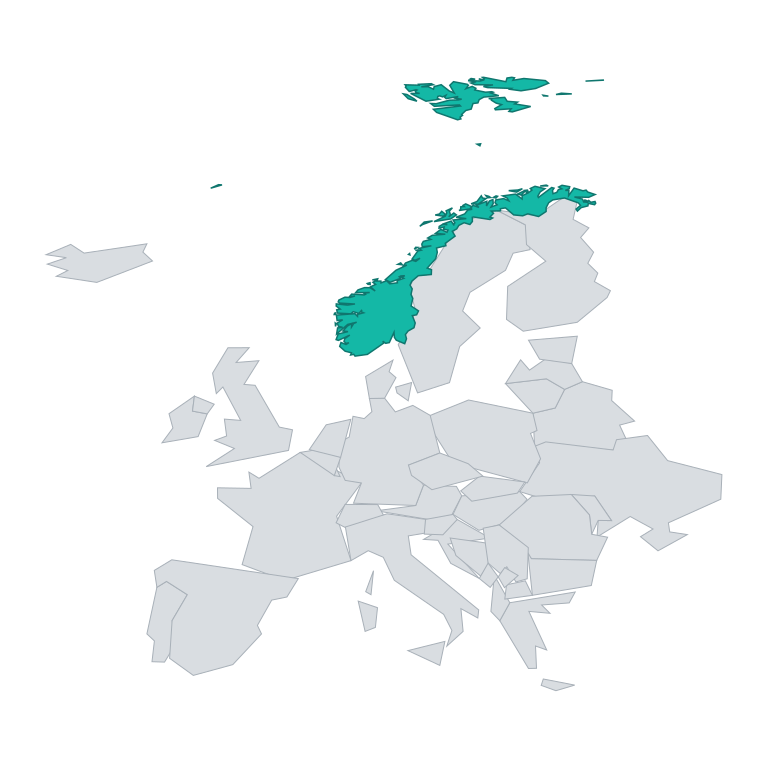 Norway highlighted on a map of Europe
{"feature_id": "NOR", "entity_name": "Norway", "entity_type": "country or territory", "adm_level": 0, "iso_a3": "NOR", "parent_name": "Europe", "parent_adm1": "", "projection": "natural_earth1", "projection_center": [16.239, 69.249], "detail": "fine", "context": "in_parent", "style": "filled", "palette": "teal", "viewbox_px": 768, "rotation_deg": 0, "n_neighbors": 37, "source": "natural_earth", "source_scale": "50m", "svg_char_len": 12949}
<svg xmlns="http://www.w3.org/2000/svg" viewBox="0 0 768 768"><path d="M300.2,452.4L361.4,483.0L336.6,516.2L351.0,560.6L284.7,580.5L242.1,564.6L253.0,526.6L217.6,498.4L217.5,487.8L251.1,488.4L248.9,472.1L259.0,478.3L300.2,452.4ZM365.7,591.7L373.5,570.7L371.0,594.7L365.7,591.7Z" fill="#d9dde1" stroke="#a8b0b8" stroke-width="1"/><path d="M398.2,344.7L415.9,311.7L409.3,287.2L416.2,274.9L426.3,275.1L458.6,223.8L496.3,210.0L525.3,224.8L530.1,249.6L513.1,253.2L505.5,270.3L470.0,292.3L462.6,311.0L480.2,328.0L459.7,346.5L449.5,382.6L417.6,392.9L398.2,344.7Z" fill="#d9dde1" stroke="#a8b0b8" stroke-width="1"/><path d="M582.4,381.7L612.2,390.3L611.7,400.6L634.6,421.1L619.6,425.1L626.0,438.8L613.1,450.0L534.6,446.3L532.9,413.2L555.2,408.0L564.6,389.4L582.4,381.7Z" fill="#d9dde1" stroke="#a8b0b8" stroke-width="1"/><path d="M669.7,531.9L687.3,534.6L658.0,550.8L640.5,536.7L653.0,529.0L630.2,516.5L597.0,537.0L598.2,520.4L611.5,520.6L594.7,496.0L551.7,501.5L519.7,491.6L539.6,462.8L534.6,446.3L545.8,441.9L613.1,450.0L616.5,439.7L647.5,435.5L667.6,460.6L721.9,474.6L720.8,499.2L668.4,522.8L669.7,531.9Z" fill="#d9dde1" stroke="#a8b0b8" stroke-width="1"/><path d="M532.9,413.2L537.0,430.5L530.5,433.4L540.6,458.8L527.3,482.9L452.7,462.8L429.5,426.4L430.2,415.4L468.5,400.0L532.9,413.2Z" fill="#d9dde1" stroke="#a8b0b8" stroke-width="1"/><path d="M461.8,495.9L450.8,516.9L435.0,520.5L376.2,510.8L415.7,505.5L423.5,485.1L456.4,486.4L461.8,495.9Z" fill="#d9dde1" stroke="#a8b0b8" stroke-width="1"/><path d="M519.7,491.6L527.1,499.4L508.3,522.2L478.9,530.3L453.0,514.4L461.8,495.9L519.7,491.6Z" fill="#d9dde1" stroke="#a8b0b8" stroke-width="1"/><path d="M571.3,494.5L594.7,496.0L611.5,520.6L598.2,520.4L591.7,534.3L589.5,515.0L571.3,494.5Z" fill="#d9dde1" stroke="#a8b0b8" stroke-width="1"/><path d="M591.7,534.3L607.6,537.2L596.7,560.4L531.4,558.7L499.2,525.0L531.9,496.3L571.3,494.5L589.5,515.0L591.7,534.3Z" fill="#d9dde1" stroke="#a8b0b8" stroke-width="1"/><path d="M564.6,389.4L555.2,408.0L532.9,413.2L505.5,383.6L546.4,378.8L564.6,389.4Z" fill="#d9dde1" stroke="#a8b0b8" stroke-width="1"/><path d="M571.7,363.6L582.4,381.7L564.6,389.4L546.4,378.8L505.5,383.6L520.6,359.8L529.5,370.1L548.6,356.8L571.7,363.6Z" fill="#d9dde1" stroke="#a8b0b8" stroke-width="1"/><path d="M577.3,336.2L571.7,363.6L539.6,359.2L528.5,340.2L577.3,336.2Z" fill="#d9dde1" stroke="#a8b0b8" stroke-width="1"/><path d="M430.2,415.4L439.8,453.0L408.5,465.1L423.5,485.1L415.7,505.5L353.5,503.2L361.4,483.0L345.2,480.4L338.9,467.0L339.5,442.4L349.2,437.0L353.0,416.3L364.2,418.6L371.9,411.7L369.4,398.5L384.6,398.2L395.3,411.9L412.8,405.4L430.2,415.4Z" fill="#d9dde1" stroke="#a8b0b8" stroke-width="1"/><path d="M527.9,552.7L531.4,558.7L596.7,560.4L591.3,585.5L532.4,595.3L527.9,552.7Z" fill="#d9dde1" stroke="#a8b0b8" stroke-width="1"/><path d="M574.7,685.1L555.9,690.7L541.2,685.4L543.3,679.0L574.7,685.1ZM509.8,602.7L575.2,592.0L569.2,602.9L541.6,605.0L550.0,613.3L528.9,611.4L546.7,650.0L535.5,646.0L536.5,668.3L528.5,668.5L499.8,620.7L509.8,602.7Z" fill="#d9dde1" stroke="#a8b0b8" stroke-width="1"/><path d="M509.8,602.7L499.8,620.7L490.9,611.4L494.3,575.4L509.8,602.7Z" fill="#d9dde1" stroke="#a8b0b8" stroke-width="1"/><path d="M457.2,519.5L489.8,538.0L447.8,544.1L479.3,578.5L450.8,563.4L438.0,540.3L423.6,539.4L457.2,519.5Z" fill="#d9dde1" stroke="#a8b0b8" stroke-width="1"/><path d="M377.7,504.6L386.1,519.8L350.2,530.1L336.1,522.8L345.1,504.4L377.7,504.6Z" fill="#d9dde1" stroke="#a8b0b8" stroke-width="1"/><path d="M335.9,467.6L340.1,476.6L334.3,475.6L335.9,467.6Z" fill="#d9dde1" stroke="#a8b0b8" stroke-width="1"/><path d="M340.6,457.4L334.3,475.6L300.2,452.4L327.9,447.8L340.6,457.4Z" fill="#d9dde1" stroke="#a8b0b8" stroke-width="1"/><path d="M350.8,419.3L340.6,457.4L309.3,449.6L326.2,424.8L350.8,419.3Z" fill="#d9dde1" stroke="#a8b0b8" stroke-width="1"/><path d="M156.9,587.3L166.5,581.4L187.3,594.7L172.1,620.6L175.8,643.7L164.5,662.1L152.0,661.7L154.4,640.9L146.9,633.9L156.9,587.3Z" fill="#d9dde1" stroke="#a8b0b8" stroke-width="1"/><path d="M169.6,658.3L172.1,620.6L187.3,594.7L166.5,581.4L156.9,587.3L154.3,570.4L171.8,559.8L298.3,578.6L286.9,597.0L271.7,600.1L257.4,625.4L261.5,633.9L232.8,664.6L193.3,675.4L169.6,658.3Z" fill="#d9dde1" stroke="#a8b0b8" stroke-width="1"/><path d="M207.2,413.9L198.1,436.6L162.0,442.8L172.9,428.0L169.0,413.7L194.4,396.1L192.5,411.1L207.2,413.9Z" fill="#d9dde1" stroke="#a8b0b8" stroke-width="1"/><path d="M387.1,513.8L425.5,519.4L426.9,532.8L408.3,535.9L411.1,554.8L478.7,609.9L477.8,618.0L460.9,608.6L463.1,631.4L446.8,646.2L451.9,630.5L443.7,614.4L394.3,580.3L383.3,557.3L368.2,550.7L351.0,560.6L345.4,527.0L387.1,513.8ZM407.9,650.6L444.9,641.4L439.8,665.4L407.9,650.6ZM358.2,601.1L377.5,607.7L375.4,627.4L365.1,631.4L358.2,601.1Z" fill="#d9dde1" stroke="#a8b0b8" stroke-width="1"/><path d="M384.6,398.2L369.4,398.5L365.6,376.5L393.0,360.1L389.1,371.7L396.0,377.6L384.6,398.2ZM411.6,382.5L408.2,400.8L397.0,392.9L395.6,387.1L411.6,382.5Z" fill="#d9dde1" stroke="#a8b0b8" stroke-width="1"/><path d="M207.2,413.9L192.5,411.1L194.4,396.1L214.2,404.2L207.2,413.9ZM240.7,420.4L222.9,387.0L216.3,393.6L212.6,373.1L227.9,347.8L249.2,347.7L236.1,362.5L258.9,360.7L244.0,384.4L255.1,385.3L279.3,427.1L292.5,429.8L288.5,450.4L206.2,466.6L234.4,448.5L214.6,440.4L226.6,436.0L224.4,419.1L240.7,420.4Z" fill="#d9dde1" stroke="#a8b0b8" stroke-width="1"/><path d="M146.9,243.8L142.9,252.1L152.5,261.0L96.8,282.4L56.3,276.3L67.8,270.5L47.3,264.1L66.4,257.7L46.1,254.7L70.7,244.4L84.1,253.1L146.9,243.8Z" fill="#d9dde1" stroke="#a8b0b8" stroke-width="1"/><path d="M425.5,519.4L453.0,514.4L457.2,519.5L442.9,534.8L424.3,534.1L425.5,519.4Z" fill="#d9dde1" stroke="#a8b0b8" stroke-width="1"/><path d="M577.1,201.7L573.1,219.4L588.9,227.9L580.6,237.5L593.6,252.2L587.8,263.3L597.8,273.1L594.4,281.6L610.4,290.7L607.1,297.5L577.2,322.3L523.2,331.2L506.5,319.4L507.7,286.4L545.8,261.2L526.5,244.6L525.3,224.8L496.3,210.0L536.5,215.8L564.3,196.8L577.1,201.7Z" fill="#d9dde1" stroke="#a8b0b8" stroke-width="1"/><path d="M524.8,482.0L517.4,493.1L471.8,501.2L460.7,490.9L479.5,476.1L524.8,482.0Z" fill="#d9dde1" stroke="#a8b0b8" stroke-width="1"/><path d="M439.8,453.0L468.2,463.7L482.9,476.1L431.9,489.7L411.5,475.4L408.5,465.1L439.8,453.0Z" fill="#d9dde1" stroke="#a8b0b8" stroke-width="1"/><path d="M480.6,576.0L455.9,555.5L450.2,538.0L489.6,543.5L490.8,562.5L480.6,576.0Z" fill="#d9dde1" stroke="#a8b0b8" stroke-width="1"/><path d="M525.3,580.8L532.4,595.3L504.8,599.1L506.5,584.8L525.3,580.8Z" fill="#d9dde1" stroke="#a8b0b8" stroke-width="1"/><path d="M483.2,528.2L499.2,525.0L528.3,547.6L527.2,578.8L515.9,581.9L506.8,566.8L500.4,573.6L488.1,563.1L483.2,528.2Z" fill="#d9dde1" stroke="#a8b0b8" stroke-width="1"/><path d="M498.2,576.9L490.2,587.4L479.3,578.5L488.1,563.1L498.2,576.9Z" fill="#d9dde1" stroke="#a8b0b8" stroke-width="1"/><path d="M504.5,587.7L498.2,576.9L504.7,567.6L518.1,575.5L504.5,587.7Z" fill="#d9dde1" stroke="#a8b0b8" stroke-width="1"/><path d="M500.5,210.8L491.2,211.1L493.5,213.3L489.9,217.1L492.6,218.0L490.0,219.5L473.6,217.0L472.3,217.3L472.4,221.5L469.9,224.5L464.1,222.7L458.8,225.4L456.7,228.9L452.3,231.3L455.1,236.1L445.3,243.3L445.9,245.7L436.5,248.0L437.3,252.3L435.7,258.7L427.2,268.1L431.5,269.7L431.3,274.5L418.3,275.7L411.9,281.1L410.0,285.1L412.2,288.9L411.0,294.4L412.8,298.4L411.1,306.0L418.5,310.9L416.6,314.8L412.3,315.6L415.2,323.0L414.0,327.7L408.1,331.0L405.4,334.6L406.5,338.8L404.7,343.7L396.3,340.2L394.4,337.4L394.0,332.3L389.3,342.6L385.7,343.3L382.8,341.2L383.7,343.1L367.4,354.4L355.0,356.1L353.7,354.3L350.6,355.0L351.5,352.8L345.1,351.2L339.7,346.4L341.0,342.5L346.0,344.5L348.9,342.7L346.1,343.4L344.0,341.4L344.8,338.6L349.8,335.1L338.4,340.4L336.1,339.6L338.2,334.0L348.0,331.6L342.9,331.0L347.5,326.0L351.6,323.6L351.5,327.0L353.7,323.5L356.7,322.2L347.7,324.4L336.6,334.0L337.6,327.9L342.7,327.4L338.5,326.3L337.2,323.1L342.7,319.8L337.1,320.5L336.4,315.1L354.9,313.7L357.5,316.3L357.6,314.4L363.6,312.8L360.9,311.6L362.0,309.8L359.0,313.4L353.2,311.7L350.8,313.8L337.5,313.1L336.7,309.8L340.2,309.1L336.2,306.1L336.3,303.9L347.5,305.1L355.0,304.0L339.9,303.1L338.2,301.9L338.8,300.1L344.9,297.2L350.0,297.5L355.0,296.0L349.3,296.8L351.7,294.1L364.1,294.9L365.4,294.4L363.9,293.3L369.7,292.5L355.7,292.6L358.0,289.9L364.6,287.6L370.0,287.7L375.2,291.0L370.6,286.8L375.6,284.4L372.9,282.3L375.2,281.0L380.9,281.1L381.0,282.9L386.6,280.7L389.8,283.8L397.4,282.8L397.1,280.7L403.8,278.3L401.8,277.1L404.8,275.7L400.9,275.9L399.2,276.8L400.5,277.8L399.3,278.8L390.2,282.2L385.4,279.6L395.9,270.3L406.9,265.1L403.4,265.9L405.5,263.0L412.3,260.3L415.8,261.4L420.0,258.2L414.9,260.3L412.1,259.0L417.9,250.9L421.3,250.2L418.9,248.4L431.4,245.8L422.3,246.7L421.8,244.1L423.3,241.4L430.8,239.4L427.7,238.0L432.3,235.3L445.3,234.2L435.6,233.3L440.8,229.4L447.0,232.3L448.0,230.1L443.6,229.1L444.2,227.0L439.0,228.2L439.2,226.4L442.6,224.4L447.3,224.7L444.1,223.6L451.2,221.1L454.1,225.5L453.6,224.0L454.9,222.9L453.1,220.0L466.3,218.6L456.1,217.3L464.7,213.9L467.7,210.1L471.6,209.4L471.3,207.3L473.0,205.4L478.9,207.4L476.5,205.2L486.8,201.3L486.5,206.0L489.4,201.0L492.9,199.5L493.2,203.6L491.0,207.1L497.1,204.8L495.0,202.7L495.8,199.9L503.6,198.6L508.9,200.9L507.1,198.0L502.7,195.9L515.5,194.1L522.1,199.0L522.2,195.7L528.4,192.8L531.9,190.1L530.3,188.5L535.0,186.3L544.9,188.7L540.2,191.9L537.8,196.1L538.4,197.5L551.7,187.5L554.0,188.2L552.5,190.5L553.0,193.7L556.8,192.4L558.4,189.6L561.8,188.8L558.7,187.0L562.0,185.3L569.7,186.7L569.3,188.6L565.3,190.4L568.9,190.5L568.6,195.7L574.1,188.1L583.0,190.8L586.1,190.1L587.7,192.0L595.1,194.5L588.7,197.3L574.4,197.0L582.5,199.1L583.7,202.0L587.5,202.3L588.8,200.5L590.8,202.3L595.0,201.5L595.7,203.2L594.6,204.7L588.3,203.4L587.9,205.9L581.2,207.6L577.4,211.1L576.1,209.1L580.5,205.4L578.4,202.9L564.5,198.0L552.8,199.9L548.7,202.7L546.1,207.8L546.1,211.5L538.6,216.5L527.8,213.8L522.7,215.8L513.7,214.9L505.5,207.9L500.4,208.7L500.5,210.8ZM453.5,81.7L467.3,84.3L468.4,85.3L465.9,88.7L472.2,86.4L475.9,88.3L474.8,90.0L485.5,92.2L491.8,91.7L493.2,92.2L490.9,93.1L498.8,95.7L483.8,97.1L479.2,99.6L477.9,102.9L473.0,103.5L471.2,109.1L465.8,110.5L461.6,114.5L462.5,115.4L460.1,117.1L460.9,118.9L457.6,119.8L436.6,112.4L433.4,109.3L460.5,106.0L459.4,104.9L434.3,106.3L430.7,103.5L436.2,103.7L449.4,100.2L458.2,99.9L461.7,99.2L455.3,98.2L458.2,96.5L446.2,98.6L444.7,97.3L445.9,95.3L442.6,96.9L439.8,95.9L437.8,96.4L437.4,98.4L439.3,99.2L426.0,101.2L410.6,93.4L419.7,93.4L416.0,92.6L415.3,91.2L417.0,90.0L416.1,89.7L409.3,91.5L405.4,87.3L406.1,86.0L405.1,84.8L419.0,85.2L418.5,84.3L431.3,83.7L433.3,84.7L421.3,86.8L428.1,86.7L433.5,89.2L434.2,86.6L441.2,84.7L449.3,91.0L454.3,93.1L449.8,85.3L453.5,81.7ZM483.6,77.3L505.9,81.7L507.0,78.0L511.8,77.3L514.5,77.8L512.9,80.3L523.9,78.5L545.4,80.6L548.6,83.2L535.6,88.5L521.0,90.8L509.9,89.3L511.4,88.4L487.4,87.6L483.4,86.5L493.0,84.9L475.1,84.7L470.9,83.0L476.1,81.8L468.0,80.7L480.3,81.0L482.0,80.5L478.8,78.8L483.8,79.9L484.3,78.8L482.5,77.4L483.6,77.3ZM488.7,98.5L504.7,97.4L507.2,101.3L517.5,102.1L514.6,103.9L530.7,106.5L512.3,111.9L508.9,111.4L511.1,108.8L495.4,109.8L494.8,108.6L501.6,104.6L496.1,103.1L491.4,100.2L491.7,99.2L488.7,98.5ZM448.7,216.9L453.8,213.0L456.4,214.9L450.8,218.9L434.0,221.6L445.3,216.2L446.8,212.9L446.1,210.8L452.4,207.9L449.3,211.1L450.4,214.7L448.7,216.9ZM465.7,203.9L471.3,206.4L470.1,208.9L459.0,210.5L460.6,209.6L460.8,206.8L464.3,206.6L463.0,205.4L465.7,203.9ZM482.5,198.0L486.0,198.6L478.1,204.1L471.1,203.8L477.0,201.5L481.3,195.8L482.5,198.0ZM407.0,94.5L414.4,99.0L416.9,101.2L408.2,98.7L403.4,93.9L407.0,94.5ZM441.7,211.3L445.2,214.1L443.5,216.2L435.2,215.0L439.4,214.0L441.7,211.3ZM522.4,188.7L516.7,192.1L508.7,190.6L517.9,190.0L522.4,188.7ZM524.3,192.0L521.1,195.1L517.7,194.0L523.6,191.1L524.3,192.0ZM424.6,222.0L432.6,220.9L423.8,224.1L424.6,222.0ZM222.0,184.9L210.7,188.2L218.5,184.7L222.0,184.9ZM603.3,80.2L585.5,81.1L603.9,80.0L603.3,80.2ZM561.3,93.2L571.8,93.9L556.0,94.5L561.3,93.2ZM540.2,186.0L546.2,185.1L548.2,185.9L540.2,186.0ZM528.2,191.8L526.3,192.2L524.7,190.4L527.5,190.1L528.2,191.8ZM497.6,196.3L495.9,198.1L493.6,197.3L496.0,195.9L497.6,196.3ZM480.6,143.8L479.9,145.8L477.1,144.2L480.6,143.8ZM548.4,96.1L543.5,95.9L543.0,95.2L548.4,96.1ZM400.7,262.9L402.3,264.8L397.9,264.3L400.7,262.9ZM485.8,195.5L488.8,196.3L490.6,197.5L487.6,197.8L485.8,195.5ZM475.1,79.1L473.2,79.7L470.0,79.2L471.1,78.5L475.1,79.1ZM377.4,279.6L372.3,279.9L377.7,278.8L377.4,279.6ZM370.2,284.5L368.0,284.3L367.2,283.5L370.0,282.7L370.2,284.5ZM422.5,224.6L419.8,226.3L422.8,223.4L422.5,224.6ZM336.2,323.9L335.5,326.4L335.3,323.1L336.2,323.9ZM417.3,247.4L414.3,249.2L415.7,247.3L417.3,247.4ZM587.1,200.8L584.3,201.7L584.1,201.4L584.9,200.0L587.1,200.8ZM418.2,250.1L415.3,250.4L418.8,249.8L418.2,250.1ZM409.6,253.5L409.9,254.9L408.5,254.4L409.6,253.5ZM335.9,314.5L334.2,314.5L334.6,313.2L335.6,312.9L335.9,314.5Z" fill="#14b8a6" stroke="#0f766e" stroke-width="1.5"/></svg>